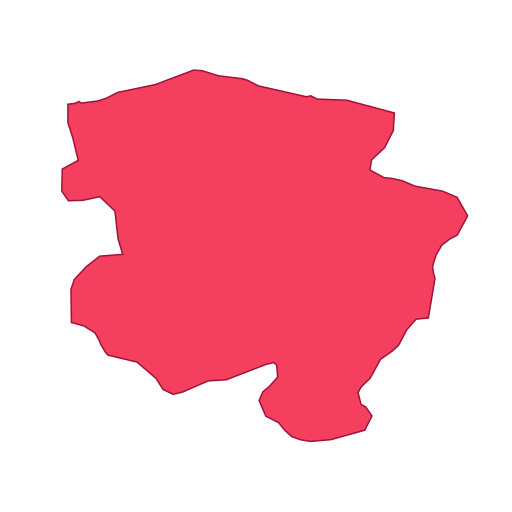 SVG path tracing the border of Kastamonu, rotated 7°
{"feature_id": "TUR-2270", "entity_name": "Kastamonu", "entity_type": "Province", "adm_level": 1, "iso_a3": "TUR", "parent_name": "Turkey", "parent_adm1": "", "projection": "mercator", "projection_center": [33.677, 41.441], "detail": "fine", "context": "isolated", "style": "filled", "palette": "rose", "viewbox_px": 512, "rotation_deg": 7, "n_neighbors": 0, "source": "natural_earth", "source_scale": "10m", "svg_char_len": 1275}
<svg xmlns="http://www.w3.org/2000/svg" viewBox="0 0 512 512"><g transform="rotate(7 256 256)"><path d="M50.8,128.2L57.5,126.7L61.4,124.2L63.9,125.5L80.1,121.4L88.3,117.6L98.9,110.4L135.0,98.2L171.4,79.1L179.8,78.6L196.6,81.7L221.0,81.7L226.2,82.6L237.7,86.9L286.7,91.8L290.9,90.3L297.4,92.8L327.2,90.3L375.9,97.2L375.9,97.3L377.0,114.7L370.5,132.7L359.0,146.5L358.6,156.7L373.4,162.6L381.6,162.4L391.5,163.4L405.3,167.3L433.3,168.9L448.5,173.3L461.2,190.4L453.2,210.7L445.8,215.9L439.1,222.6L434.6,233.0L432.5,244.8L434.0,250.6L436.4,256.5L434.6,296.5L422.6,299.2L414.7,310.7L408.3,327.4L402.9,333.7L392.2,343.3L384.2,363.4L376.3,373.1L374.0,379.2L378.3,390.5L383.2,392.4L390.6,400.6L385.2,415.6L352.6,429.2L332.6,433.4L323.0,433.0L313.6,431.0L305.9,425.6L298.8,418.7L285.3,413.8L276.7,399.1L279.3,390.1L285.3,383.6L292.2,373.7L289.9,361.8L286.4,359.6L278.7,362.6L241.5,382.5L223.7,385.8L199.7,400.0L190.8,403.4L180.1,399.9L171.7,389.7L150.8,375.8L121.3,372.5L118.2,369.8L112.9,362.9L110.7,359.0L105.7,352.0L93.8,346.4L80.9,344.5L76.4,311.8L78.5,301.5L88.9,287.2L100.9,275.2L123.5,270.6L117.0,255.8L110.5,228.6L93.8,216.2L77.1,221.9L63.1,224.0L55.3,215.3L53.1,193.3L67.9,182.7L59.5,160.4L53.1,146.7L50.8,128.2Z" fill="#f43f5e" stroke="#9f1239" stroke-width="1.5"/></g></svg>